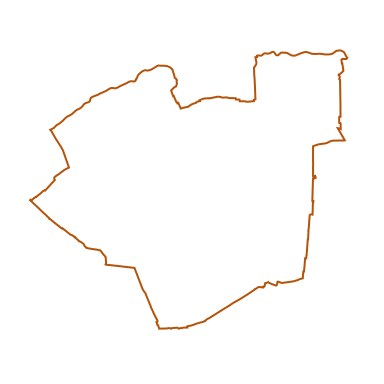 outline of Dantumadiel, Friesland, Netherlands, rotated 357°
{"feature_id": "6326949B33403867595269", "entity_name": "Dantumadiel", "entity_type": "district", "adm_level": 2, "iso_a3": "NLD", "parent_name": "Netherlands", "parent_adm1": "Friesland", "projection": "mercator", "projection_center": [5.992, 53.277], "detail": "fine", "context": "isolated", "style": "outline", "palette": "amber", "viewbox_px": 384, "rotation_deg": 357, "n_neighbors": 0, "source": "geoboundaries", "source_scale": "gbopen_adm2", "svg_char_len": 5759}
<svg xmlns="http://www.w3.org/2000/svg" viewBox="0 0 384 384"><g transform="rotate(357 192 192)"><path d="M298.1,284.0L299.0,277.3L299.7,277.3L300.5,271.8L301.5,264.1L302.6,264.2L302.9,261.5L303.1,261.3L305.1,245.6L305.4,245.5L306.3,237.4L306.1,237.2L306.4,235.3L306.6,235.0L308.3,221.3L308.7,220.9L309.3,220.6L310.1,220.6L311.2,220.9L312.2,208.6L312.6,208.6L312.7,207.2L311.7,207.1L313.5,185.1L314.5,184.7L315.1,184.8L316.3,184.3L315.8,182.3L314.5,182.8L313.7,182.8L314.2,173.1L314.5,169.0L314.5,168.6L314.5,167.1L315.3,152.7L317.9,151.8L320.5,151.1L324.3,150.7L328.3,150.4L329.8,149.9L332.7,148.6L334.1,148.2L335.6,148.1L346.4,148.5L347.3,148.4L340.9,135.9L342.6,136.3L343.2,136.4L343.8,136.8L344.0,131.2L343.9,131.1L342.6,130.7L342.9,124.7L343.3,124.5L344.3,124.5L344.5,118.7L344.6,117.2L345.0,108.4L345.1,105.0L345.7,88.5L345.6,88.1L345.6,87.5L345.1,87.2L344.9,86.9L345.3,85.8L345.6,84.7L345.4,83.9L344.7,83.3L344.6,82.5L346.1,81.8L348.0,80.4L349.2,79.3L349.4,78.4L349.5,78.4L348.8,71.4L348.4,71.4L348.1,67.8L349.2,66.9L350.9,67.2L352.1,67.2L353.2,67.2L353.3,66.8L354.1,66.1L353.7,65.6L353.2,64.9L351.5,61.0L351.2,60.5L350.6,59.9L348.1,58.5L346.8,58.4L345.3,58.4L343.8,58.6L342.9,58.9L340.1,60.9L339.3,61.3L337.2,61.7L335.1,61.8L331.4,61.5L328.7,60.9L326.6,60.6L325.7,60.6L322.1,60.6L319.3,60.3L318.1,59.9L314.4,58.4L313.4,58.2L311.7,58.2L308.8,58.9L302.7,61.0L301.9,61.2L301.2,61.2L299.4,61.0L298.3,60.7L294.2,58.1L290.7,57.6L288.9,57.5L288.1,57.6L287.7,57.8L285.3,59.9L284.7,60.0L283.8,59.9L283.3,59.7L282.9,59.2L281.8,57.4L281.4,56.8L280.6,56.4L279.8,56.2L279.2,56.4L277.2,57.5L275.7,57.8L274.8,57.8L272.2,57.3L271.4,57.4L270.6,57.8L269.6,58.8L268.5,59.4L266.7,59.3L265.8,59.1L265.4,59.2L264.0,59.3L264.0,60.7L262.4,60.7L262.8,63.9L262.9,64.4L262.9,64.7L263.2,66.0L262.7,68.1L262.2,68.6L261.8,69.4L261.5,69.6L260.9,70.6L260.4,70.9L260.3,71.8L260.4,72.3L260.3,78.3L260.4,81.2L260.4,88.0L260.2,102.8L258.6,103.1L258.6,104.5L254.6,104.7L251.9,104.8L248.8,104.1L244.4,103.9L244.3,102.2L240.6,101.9L240.5,100.6L234.4,100.2L231.8,99.4L231.2,99.3L227.6,99.4L225.7,98.7L224.1,98.3L222.0,98.2L219.7,98.7L219.3,98.6L216.5,99.1L214.4,99.4L214.4,99.2L209.1,99.3L208.0,99.5L204.4,100.7L204.7,101.6L202.4,102.0L201.1,102.5L201.0,102.9L199.9,103.4L198.1,103.8L196.5,104.4L195.5,104.8L194.1,105.7L192.6,106.7L192.4,106.7L192.2,106.6L188.4,107.4L187.4,107.4L185.5,108.1L185.1,108.1L183.0,102.3L182.0,102.7L181.4,101.2L181.0,101.2L178.7,95.0L178.2,95.3L177.7,93.8L176.5,89.4L179.3,86.9L179.9,86.5L181.7,85.7L181.8,85.5L181.8,85.2L182.2,84.2L182.6,83.0L182.4,80.7L182.5,80.3L182.8,79.4L182.2,78.7L181.9,77.9L181.7,77.7L181.2,77.5L180.7,77.0L180.2,73.6L179.5,71.5L179.4,70.8L179.0,69.4L179.0,68.8L178.7,68.5L176.8,66.6L175.6,65.8L173.4,64.9L171.2,64.5L166.7,64.2L165.2,63.9L163.8,64.3L161.2,65.8L157.5,67.7L155.1,68.3L154.0,68.4L151.6,67.9L150.2,68.3L149.3,68.6L148.1,69.3L145.6,71.2L144.5,72.3L144.0,72.9L143.2,74.8L142.4,76.2L142.2,76.3L142.3,76.4L141.6,77.5L141.1,78.1L140.5,78.5L139.5,78.6L138.2,78.3L137.0,78.2L135.6,78.4L134.3,78.9L132.4,79.9L125.7,82.5L123.2,83.8L121.3,84.4L120.1,84.4L118.4,84.0L117.4,83.9L116.0,84.1L114.4,84.9L110.9,86.8L105.2,88.9L102.8,90.1L99.5,91.1L96.4,92.3L96.1,92.6L95.5,93.5L94.8,95.8L94.0,96.6L93.3,96.9L90.7,97.6L89.6,98.0L88.5,98.9L87.2,100.5L85.8,101.8L84.6,102.6L83.2,103.2L81.9,103.6L81.3,103.9L79.7,105.0L78.3,106.2L76.6,107.6L74.2,109.0L72.4,109.7L71.0,110.4L69.0,111.9L66.7,114.1L64.0,116.1L62.1,117.3L60.3,118.1L59.3,119.0L57.8,120.5L57.2,120.9L53.7,122.5L54.2,123.1L54.8,123.9L58.5,131.3L63.6,140.2L65.2,143.5L65.6,144.7L70.4,161.1L65.8,163.2L60.0,167.1L56.7,169.1L55.5,170.0L55.3,170.3L55.1,171.6L55.7,172.7L45.6,182.7L45.5,182.8L45.1,182.4L43.2,183.4L40.3,185.8L38.5,187.0L35.8,189.1L35.4,188.8L33.4,190.2L31.4,192.0L30.5,191.2L29.9,191.7L37.7,199.8L40.0,202.3L41.3,203.7L42.7,205.2L45.4,207.8L46.0,208.7L47.2,209.8L47.5,210.1L48.1,211.3L48.4,211.1L52.4,214.9L60.2,221.7L60.6,221.3L67.9,227.8L69.1,228.6L70.0,228.8L70.1,229.0L70.3,229.0L70.7,229.3L72.5,231.1L72.7,230.8L74.5,233.0L75.7,234.0L76.4,235.0L76.5,234.9L79.1,236.6L79.9,237.2L80.8,238.0L81.3,238.7L81.8,240.0L82.3,240.8L82.7,241.3L83.0,241.5L82.9,241.5L83.4,242.1L83.7,242.3L84.5,242.6L92.2,244.3L92.9,244.3L93.5,244.4L94.6,244.8L97.4,245.5L100.3,249.8L101.7,251.4L102.2,252.7L102.3,252.7L102.3,252.9L102.4,253.4L102.5,255.9L102.4,256.8L102.6,257.2L102.6,257.7L102.5,258.2L102.2,259.2L101.9,259.9L103.0,260.2L113.0,261.8L130.6,264.8L137.4,285.8L138.4,287.9L139.5,289.8L140.1,290.5L140.4,291.1L140.9,292.9L141.5,294.6L142.1,296.4L142.9,298.4L143.4,300.1L144.3,302.5L145.4,306.1L146.7,309.1L147.6,311.7L148.5,313.5L149.1,315.1L149.8,316.3L150.0,317.1L150.4,317.7L150.7,318.5L150.9,319.1L150.6,319.8L150.3,320.1L149.7,320.1L149.7,320.3L150.7,323.3L151.3,323.4L151.3,323.9L151.4,324.5L152.2,326.6L152.2,326.8L153.2,326.7L154.0,326.8L155.7,326.8L156.3,326.9L157.8,326.9L158.9,327.0L161.9,326.7L162.9,326.9L164.1,327.4L164.7,326.9L170.0,326.7L171.1,327.3L171.8,327.8L173.1,327.3L174.4,327.4L176.1,327.0L180.2,327.1L180.0,326.3L180.0,326.1L180.8,325.8L184.3,325.3L185.1,325.0L186.7,324.7L188.8,323.9L193.4,322.8L195.6,322.4L197.6,321.8L197.5,321.7L198.3,321.3L199.5,320.4L201.0,319.5L203.2,318.5L217.5,310.5L224.0,307.0L225.2,306.2L227.8,304.7L234.3,301.5L243.1,296.6L250.5,292.1L250.4,292.0L251.6,291.5L252.8,290.7L253.8,290.3L254.7,290.3L256.0,290.7L257.9,291.1L258.1,291.1L258.2,290.2L259.4,290.2L259.5,290.1L260.2,287.5L260.2,287.2L260.4,287.1L260.4,286.8L260.6,286.7L261.5,286.7L263.5,286.0L263.8,286.5L264.7,286.9L266.4,287.9L270.9,289.8L271.2,289.8L271.4,289.7L271.9,289.0L272.3,287.7L272.5,286.5L272.7,286.2L272.9,286.1L273.2,286.0L277.1,287.6L289.6,286.4L290.0,286.2L292.5,285.6L295.6,284.5L298.1,284.0Z" fill="none" stroke="#b45309" stroke-width="2"/></g></svg>